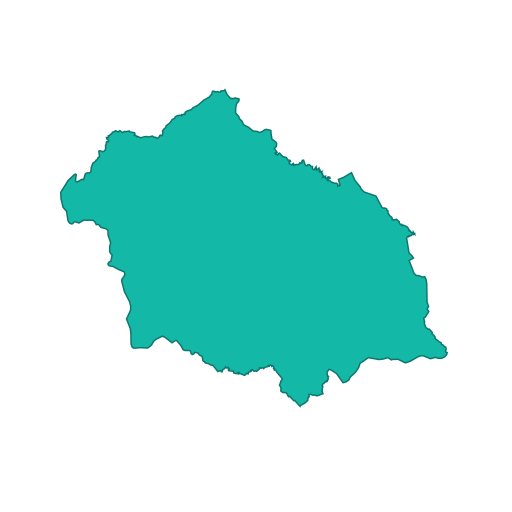 the district of Tamot, Phatthalung, Thailand, rotated 63°
{"feature_id": "78962969B20479375564270", "entity_name": "Tamot", "entity_type": "district", "adm_level": 2, "iso_a3": "THA", "parent_name": "Thailand", "parent_adm1": "Phatthalung", "projection": "orthographic", "projection_center": [100.035, 7.286], "detail": "fine", "context": "isolated", "style": "filled", "palette": "teal", "viewbox_px": 512, "rotation_deg": 63, "n_neighbors": 0, "source": "geoboundaries", "source_scale": "gbopen_adm2", "svg_char_len": 6094}
<svg xmlns="http://www.w3.org/2000/svg" viewBox="0 0 512 512"><g transform="rotate(63 256 256)"><path d="M384.0,127.3L380.9,127.6L379.5,125.3L374.7,124.5L357.8,116.3L354.6,115.2L351.0,115.1L350.3,117.4L347.3,119.9L346.4,121.8L343.5,123.1L329.5,121.6L329.3,116.6L326.0,117.1L322.8,118.3L308.5,113.7L307.5,112.4L308.1,111.6L308.1,110.3L307.4,110.4L308.2,108.5L307.5,107.3L308.4,106.2L308.0,104.9L308.8,104.7L308.0,104.3L307.6,105.0L306.1,105.0L306.8,105.5L306.9,106.1L306.2,105.9L305.3,107.1L303.8,107.2L303.6,108.0L302.6,107.5L302.1,108.0L300.3,107.7L298.4,108.3L295.5,110.6L295.4,111.7L294.4,111.7L294.6,112.3L293.6,112.4L293.4,113.0L291.2,113.4L290.5,112.8L287.0,114.2L286.6,116.3L285.6,118.1L283.4,117.4L280.6,118.6L277.2,118.8L275.8,117.9L274.2,118.7L273.2,118.2L271.6,119.6L271.4,120.7L269.8,121.7L257.1,121.9L247.8,130.8L243.8,131.9L241.3,131.8L233.8,133.5L225.1,133.1L225.7,142.1L225.2,147.8L231.1,149.0L231.3,149.7L230.5,150.6L230.8,151.3L229.1,150.6L227.5,151.4L227.0,152.9L224.0,155.5L222.4,156.0L221.0,158.1L220.2,157.5L220.4,154.7L219.2,154.6L218.2,155.8L218.9,158.3L218.0,158.8L216.6,157.9L216.8,159.3L216.3,159.5L216.1,160.9L215.1,159.3L213.6,160.0L212.6,159.2L212.2,159.9L211.3,160.1L210.6,158.8L209.8,161.4L209.1,161.2L208.6,159.9L207.2,160.3L206.3,160.0L206.9,163.1L203.8,162.0L205.5,165.0L204.8,165.8L203.7,166.0L201.9,165.0L201.3,166.1L198.8,167.0L198.2,168.1L198.8,169.7L197.1,170.8L192.2,170.1L191.8,171.3L192.7,172.4L193.8,172.6L194.0,173.5L192.8,174.6L193.9,176.2L192.5,179.5L192.5,181.4L191.6,181.6L191.1,180.7L190.5,180.7L190.9,182.8L189.0,184.4L187.1,183.6L187.5,182.4L186.2,182.3L184.9,184.0L181.9,184.3L179.7,187.0L175.0,188.3L174.9,189.5L175.9,190.8L173.7,192.5L172.8,192.1L173.5,190.9L173.2,190.1L168.5,190.8L167.7,188.3L165.4,186.6L163.5,186.6L159.1,188.7L153.4,186.9L150.9,185.7L147.8,189.4L147.5,191.3L148.0,194.2L147.5,197.1L145.7,198.2L143.3,201.9L138.1,204.1L133.4,207.5L129.4,207.3L125.8,208.5L124.2,208.0L119.1,209.2L114.4,206.6L111.3,203.8L110.3,201.1L108.5,199.8L107.4,200.5L107.5,201.1L105.8,202.6L105.3,205.4L104.6,205.8L104.3,207.1L98.9,208.5L93.8,208.2L94.2,209.2L93.0,212.2L93.7,213.3L93.6,214.1L91.9,215.8L91.6,217.2L89.5,219.4L89.7,220.3L91.6,221.9L93.2,225.7L93.5,232.1L95.2,238.8L95.4,245.2L96.2,247.2L95.6,251.0L95.7,253.5L96.2,254.3L97.6,254.9L96.8,256.2L97.0,257.2L96.3,257.9L97.1,258.8L96.1,259.6L95.3,262.3L95.4,264.9L96.5,266.1L96.3,268.6L98.3,272.2L99.2,276.9L100.6,278.2L100.9,280.0L102.1,282.5L103.8,282.9L106.0,284.6L106.1,285.4L105.1,285.8L104.8,286.6L106.2,288.8L106.3,290.9L104.8,291.4L103.6,293.1L102.2,293.7L101.0,298.2L99.9,299.1L99.4,300.3L98.2,305.2L95.5,307.4L95.5,308.2L94.0,308.3L93.3,309.6L92.0,308.3L91.0,308.3L88.1,312.1L87.1,312.1L86.2,315.4L85.2,316.8L85.7,318.6L82.5,320.4L82.8,322.6L80.6,324.2L81.0,326.0L80.5,327.5L81.6,329.3L81.6,330.9L82.2,331.8L81.8,333.0L83.3,333.6L82.6,335.5L83.9,335.8L85.7,334.8L86.9,335.2L87.3,336.0L86.3,336.7L86.6,337.7L88.3,338.6L89.3,339.9L92.2,341.3L93.5,342.8L93.6,344.6L93.0,345.8L91.4,347.1L91.3,348.5L96.4,350.3L96.7,352.2L98.1,353.9L98.0,355.1L98.8,355.8L99.3,359.4L102.6,362.8L106.2,365.0L106.3,366.7L105.2,368.8L105.3,370.7L109.7,375.0L108.7,376.1L108.8,381.9L108.0,382.5L106.4,382.4L101.9,379.2L101.1,379.7L101.0,380.9L103.4,389.1L110.6,401.0L116.6,403.8L125.1,405.8L130.3,404.5L139.2,407.5L142.0,407.2L143.6,405.9L144.0,404.8L143.2,402.9L143.3,401.6L146.2,398.8L145.8,393.3L150.0,385.2L151.9,384.1L155.5,384.1L156.6,381.9L160.1,381.2L163.7,377.2L165.4,376.5L166.6,376.5L169.9,378.2L178.1,379.5L181.5,382.3L185.5,384.3L187.3,384.5L189.6,383.7L194.7,387.5L194.7,389.5L195.4,391.2L196.1,391.6L197.9,391.4L200.4,388.1L205.6,384.6L210.1,380.8L211.9,380.7L213.5,381.7L215.9,386.0L217.2,387.0L227.9,389.4L239.5,389.4L243.6,390.4L246.7,391.9L248.1,393.3L253.4,400.0L263.4,400.9L268.6,402.8L278.0,407.4L281.4,407.7L282.8,406.5L285.0,401.0L288.8,394.3L288.0,389.7L285.4,385.6L284.8,383.2L284.9,375.9L287.1,374.0L295.2,370.2L294.7,365.9L295.1,365.2L301.3,363.6L306.6,363.4L307.8,362.4L310.2,357.9L311.6,357.6L313.5,358.1L314.8,357.6L315.0,355.7L314.0,354.5L315.8,351.9L318.6,351.3L320.8,349.7L323.3,350.1L324.4,350.8L325.9,350.6L326.6,349.8L328.2,349.8L330.1,347.4L332.4,346.0L334.0,343.9L341.6,342.5L341.9,339.5L343.4,339.5L343.8,338.8L342.1,337.1L342.2,335.8L341.1,333.5L342.3,333.3L342.4,331.5L343.0,331.3L343.6,331.8L344.6,331.0L344.9,332.3L345.8,332.4L348.5,328.4L350.0,328.9L351.5,327.5L352.2,325.9L351.5,324.8L351.6,324.3L352.6,324.1L353.2,324.8L353.4,323.6L357.2,320.4L356.9,318.8L356.2,317.8L357.5,316.6L356.1,315.3L356.5,313.4L356.3,312.3L355.4,312.6L355.5,310.9L357.9,310.0L357.9,308.9L359.1,307.8L358.1,304.0L357.3,303.4L358.3,302.4L358.5,300.8L359.8,300.3L359.2,298.6L360.0,295.5L359.3,294.6L360.3,294.2L359.7,292.9L360.5,291.7L361.5,292.0L361.4,291.0L362.8,290.5L363.9,291.4L364.4,290.9L364.5,291.3L366.0,291.5L366.6,290.1L369.3,290.1L377.6,288.2L378.9,290.9L381.0,292.7L381.6,293.7L384.6,293.5L387.6,295.2L389.9,294.1L391.2,291.5L393.5,290.7L394.1,291.1L396.4,290.7L396.6,289.5L402.1,288.1L402.3,287.1L410.0,285.0L409.4,284.2L409.2,279.0L408.3,275.6L405.5,273.6L405.6,272.5L403.4,271.9L404.1,270.2L406.1,268.2L406.5,266.8L408.3,265.2L409.1,258.8L406.9,258.8L406.7,258.2L405.6,258.0L402.5,255.7L401.3,255.9L400.4,254.8L400.4,253.3L399.6,252.0L399.9,251.1L399.5,250.3L400.1,249.8L399.9,249.2L399.0,249.2L398.9,248.0L397.5,247.0L396.5,247.0L396.1,246.1L395.3,246.7L391.9,245.6L390.1,242.4L391.7,240.8L397.3,237.6L408.4,236.0L409.0,233.3L408.7,229.7L406.7,227.0L404.6,219.8L401.9,215.1L398.9,212.1L397.6,202.0L404.1,193.4L405.6,189.3L406.5,184.5L410.0,182.6L410.1,181.4L412.5,176.3L418.7,171.7L419.2,170.8L419.8,165.9L419.3,157.5L419.7,154.4L420.9,152.2L426.7,147.2L427.8,142.1L429.8,140.1L431.4,137.1L431.5,133.5L430.5,131.0L428.8,129.5L427.9,130.4L426.9,130.5L425.6,129.0L423.3,128.3L422.8,129.0L420.0,129.9L419.2,130.8L417.2,130.4L415.7,131.7L410.6,133.9L409.4,133.2L407.4,133.5L405.3,134.5L404.2,133.7L399.9,134.7L399.5,136.0L398.6,136.0L397.0,137.2L392.9,136.7L391.2,135.7L387.5,134.8L387.2,132.6L384.0,127.3Z" fill="#14b8a6" stroke="#0f766e" stroke-width="1.5"/></g></svg>